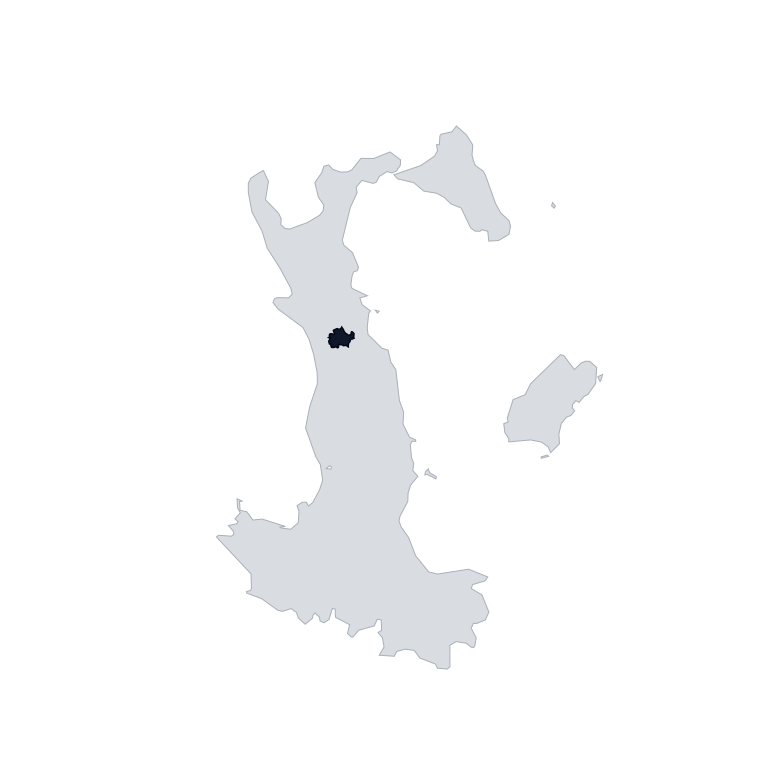 location of Isernia within Italy, rotated 217°
{"feature_id": "ITA-5402", "entity_name": "Isernia", "entity_type": "Province", "adm_level": 1, "iso_a3": "ITA", "parent_name": "Italy", "parent_adm1": "", "projection": "robinson", "projection_center": [14.21, 41.647], "detail": "fine", "context": "in_parent", "style": "filled", "palette": "ink", "viewbox_px": 768, "rotation_deg": 217, "n_neighbors": 0, "source": "natural_earth", "source_scale": "10m", "svg_char_len": 5953}
<svg xmlns="http://www.w3.org/2000/svg" viewBox="0 0 768 768"><g transform="rotate(217 384 384)"><path d="M170.3,189.2L174.4,191.3L190.2,186.7L199.6,189.4L207.6,184.9L212.9,178.0L211.9,172.8L224.6,164.5L225.7,174.0L232.5,180.4L239.2,182.0L237.6,185.8L244.1,193.7L246.8,193.0L247.7,191.6L246.2,185.0L256.0,172.1L256.6,163.1L258.3,162.2L263.0,162.8L266.6,171.1L282.3,168.5L287.6,174.9L290.1,173.6L286.2,162.8L288.2,157.2L292.4,156.2L295.2,158.9L301.3,159.6L301.6,156.3L300.1,154.1L302.4,144.7L311.4,145.5L316.6,148.9L322.9,148.8L328.3,141.3L332.6,139.4L352.7,138.9L367.7,134.4L368.9,135.4L366.2,139.0L367.1,141.3L375.9,152.3L425.8,161.0L425.0,163.7L414.3,170.6L413.5,173.3L415.1,175.6L423.1,177.3L417.5,183.8L417.6,186.3L421.9,186.6L421.2,194.6L426.5,197.0L432.3,203.9L426.4,205.2L428.8,203.3L422.9,196.5L416.7,199.4L406.8,196.5L400.0,202.8L377.0,210.9L381.0,207.2L379.3,207.2L371.0,211.9L369.0,221.6L375.3,231.2L380.3,234.6L378.0,240.5L374.9,242.8L370.9,241.1L369.6,246.4L371.7,260.5L375.1,270.3L386.4,281.4L394.8,284.9L420.2,301.7L429.4,320.5L437.4,344.1L444.1,352.8L458.1,365.4L470.9,374.7L482.7,380.3L513.8,380.1L521.7,382.2L522.7,386.1L521.2,388.8L512.0,395.4L511.5,400.6L515.9,404.3L537.2,414.1L559.0,422.2L573.7,432.9L592.8,441.8L607.7,455.4L613.1,462.6L614.2,468.2L610.7,477.9L608.8,481.9L598.2,476.3L589.5,459.8L571.0,456.9L565.5,454.1L562.3,449.1L556.5,448.6L552.4,451.2L542.4,466.7L537.0,480.0L536.7,485.5L539.8,490.7L548.8,493.7L560.4,503.2L560.9,515.1L563.0,521.8L560.0,525.6L554.2,524.6L546.4,527.0L540.9,531.3L538.6,535.5L538.2,550.3L527.8,558.0L518.9,572.9L505.7,573.0L502.5,568.4L502.3,561.6L504.6,557.4L509.5,555.4L512.7,546.7L511.6,540.4L513.5,537.6L524.2,533.3L524.7,524.5L520.6,520.5L517.1,504.5L503.8,473.7L499.6,470.7L488.1,469.9L474.5,461.8L473.6,458.4L475.8,455.1L474.3,450.7L470.0,443.0L467.1,441.1L450.3,444.5L455.1,438.2L449.1,434.2L438.7,434.2L438.8,431.4L431.4,419.0L426.5,413.9L407.4,411.3L401.1,413.5L391.8,405.6L383.2,402.6L361.7,380.0L351.2,373.2L344.7,363.4L331.5,356.8L325.4,358.4L324.0,357.2L327.2,355.2L326.6,351.5L317.7,341.7L312.5,338.5L308.9,332.2L301.4,330.7L301.9,319.3L299.1,311.3L294.3,304.5L291.7,288.2L289.6,283.6L284.2,280.1L272.0,276.2L255.2,265.8L235.1,260.8L226.8,264.5L205.0,287.0L185.0,292.3L184.8,287.6L192.6,277.1L191.2,273.2L178.8,274.5L163.0,265.0L161.1,256.6L165.8,248.6L168.6,246.7L167.3,241.4L157.7,236.8L154.0,229.8L153.8,227.5L156.3,226.2L162.1,226.6L171.3,221.7L174.2,215.0L161.2,197.9L161.8,194.5L170.3,189.2ZM378.4,285.8L379.2,281.6L375.0,284.2L376.2,286.2L378.4,285.8ZM502.0,557.1L486.1,580.5L480.8,596.3L481.5,602.3L486.1,606.7L483.8,608.4L488.7,615.9L488.7,617.9L481.5,626.3L481.4,633.6L467.9,632.5L456.9,628.3L451.5,619.8L447.2,616.3L442.5,613.5L433.0,613.7L428.8,611.9L403.6,595.3L393.8,590.9L382.4,589.7L377.9,586.1L374.3,578.8L378.9,567.5L386.3,561.2L393.0,568.4L398.9,566.0L399.2,563.8L403.3,560.9L408.6,560.8L428.4,571.0L438.8,568.1L448.3,569.3L457.0,567.9L468.3,562.0L481.4,562.7L496.6,556.0L502.0,557.1ZM265.0,430.9L271.5,449.2L264.8,460.4L267.1,472.4L260.7,513.6L257.6,514.9L240.6,510.1L239.1,519.6L236.8,523.4L233.4,525.9L224.1,525.2L215.3,511.7L214.8,498.3L216.8,494.4L217.1,486.7L220.7,486.2L221.1,481.0L219.1,478.2L215.6,477.3L215.8,471.4L218.4,467.0L218.6,459.2L214.2,449.2L207.9,441.9L209.6,429.4L215.0,432.6L223.2,432.4L233.2,427.6L249.5,412.9L251.6,415.5L258.3,418.0L264.5,424.4L262.0,428.5L265.0,430.9ZM296.7,336.0L298.1,338.9L297.5,342.9L294.3,340.6L286.3,341.5L285.5,339.5L295.2,337.7L296.7,336.0ZM217.6,518.4L215.2,523.2L212.8,516.9L213.1,516.1L217.6,518.4ZM214.6,420.3L210.9,425.5L209.0,425.3L213.7,419.4L214.6,420.3ZM358.5,630.3L354.1,629.2L354.0,626.8L357.5,627.2L358.5,630.3ZM435.4,437.7L431.7,439.2L431.9,436.7L435.4,437.7Z" fill="#d9dde1" stroke="#a8b0b8" stroke-width="1"/><path d="M456.2,387.9L455.8,389.4L456.2,389.7L456.8,389.9L457.2,390.3L457.3,391.3L456.9,392.0L456.2,392.5L455.5,392.9L454.1,393.2L453.6,393.5L453.6,394.3L456.1,395.8L456.6,396.2L456.6,396.7L456.4,397.2L454.9,399.8L454.4,400.2L454.2,400.3L453.8,400.2L453.6,400.2L452.8,400.7L452.3,401.2L452.0,402.1L451.8,403.1L452.0,404.0L451.5,403.8L449.9,403.3L448.5,402.7L447.8,402.1L447.6,402.0L447.4,401.9L446.3,401.7L445.7,401.4L444.6,401.5L443.4,401.6L442.1,401.5L441.7,401.4L441.5,401.6L441.3,401.9L441.1,402.2L441.0,402.5L440.9,402.6L440.4,403.1L440.2,403.4L440.1,403.5L440.1,403.9L440.1,404.0L440.5,404.4L440.9,404.7L441.0,404.9L441.1,405.1L441.2,405.3L441.2,405.6L441.2,405.9L441.3,406.2L441.2,406.3L441.1,406.5L440.9,406.5L440.4,406.5L439.3,406.4L438.5,406.3L438.3,406.2L438.2,406.1L438.0,405.8L436.9,404.0L436.7,403.7L436.6,403.4L436.5,403.2L436.4,403.1L435.5,402.6L436.3,401.8L436.3,401.7L436.2,401.3L436.1,401.1L437.2,400.3L437.3,400.0L437.4,399.8L437.3,399.6L437.3,399.4L437.3,398.6L437.3,398.4L437.2,398.2L436.9,398.0L436.8,397.7L436.7,397.2L436.8,395.5L436.7,395.2L436.2,394.2L436.0,393.9L435.9,393.6L435.9,393.4L435.7,393.1L435.3,392.8L435.1,392.6L434.8,392.2L435.6,392.0L436.8,392.2L437.0,392.2L437.3,392.1L437.5,391.9L438.2,391.5L438.3,391.4L439.1,390.5L439.4,390.2L439.7,390.1L439.9,390.1L440.4,390.4L440.7,390.5L440.8,390.4L441.4,389.8L442.4,389.2L443.0,389.0L443.8,388.7L444.1,388.6L444.3,388.4L444.3,388.2L444.2,388.1L443.6,387.7L443.3,387.3L443.2,387.2L443.1,386.8L443.0,386.6L442.8,386.4L442.6,386.1L442.5,385.9L442.5,385.6L442.8,385.1L443.0,384.9L443.3,384.8L444.2,384.9L444.5,384.9L445.3,384.2L445.5,383.8L445.9,383.1L446.0,383.1L447.6,381.8L447.8,381.7L448.0,381.7L448.1,381.8L448.3,381.9L448.5,382.1L449.2,382.4L449.3,382.5L449.5,382.6L449.5,382.8L449.8,383.2L449.9,383.3L450.0,383.5L450.6,383.8L450.8,383.8L451.0,383.8L451.3,383.4L451.6,383.2L451.7,383.3L451.9,383.3L452.0,383.5L453.5,384.5L453.8,384.9L453.9,385.0L454.0,385.2L454.0,385.3L453.9,385.9L453.9,386.1L453.9,386.3L454.0,386.4L454.2,386.7L454.4,386.9L454.6,387.2L454.7,387.4L454.7,387.5L454.5,388.0L454.5,388.4L454.9,388.4L455.5,388.3L456.2,387.9Z" fill="#0f172a" stroke="#020617" stroke-width="1.5"/></g></svg>